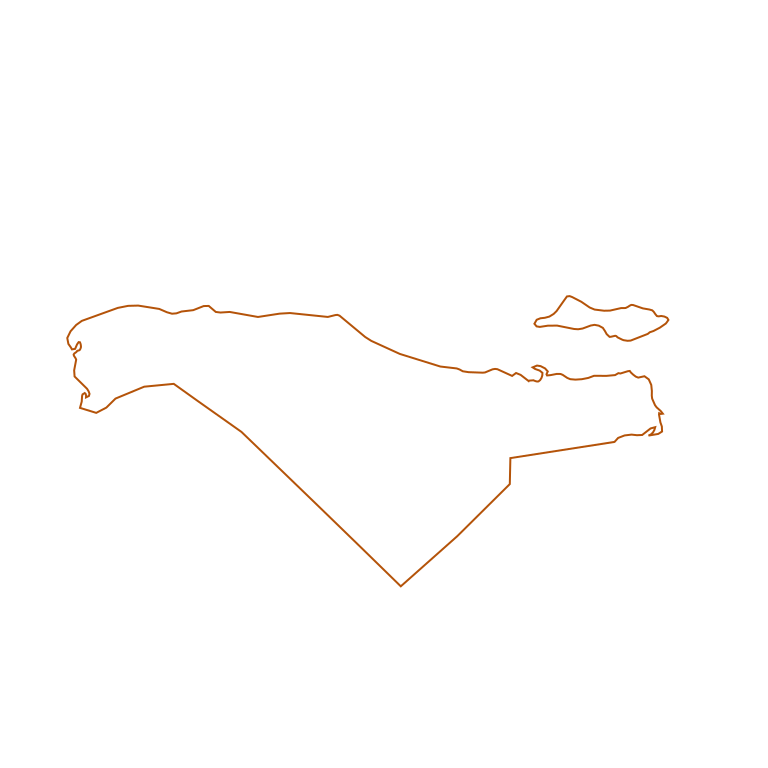 the Region of Ash Sharqiyah South, rotated 244°
{"feature_id": "OMN-2406", "entity_name": "Ash Sharqiyah South", "entity_type": "Region", "adm_level": 1, "iso_a3": "OMN", "parent_name": "Oman", "parent_adm1": "", "projection": "albers", "projection_center": [58.929, 21.395], "detail": "fine", "context": "isolated", "style": "outline", "palette": "amber", "viewbox_px": 768, "rotation_deg": 244, "n_neighbors": 0, "source": "natural_earth", "source_scale": "10m", "svg_char_len": 2879}
<svg xmlns="http://www.w3.org/2000/svg" viewBox="0 0 768 768"><g transform="rotate(244 384 384)"><path d="M495.8,100.3L500.7,104.6L505.6,107.4L506.8,108.5L507.1,111.0L505.8,111.5L504.0,111.1L502.6,110.3L502.6,113.5L504.2,115.0L506.8,115.3L509.9,115.0L526.4,109.2L532.1,111.5L540.8,118.0L542.1,118.1L545.4,117.7L546.6,118.0L547.2,119.1L547.6,121.5L548.2,122.7L548.2,123.4L547.9,124.4L548.1,125.8L549.6,127.5L550.6,128.1L552.0,128.6L553.4,128.9L554.8,129.0L555.5,127.9L554.1,125.4L551.0,121.8L551.9,118.7L554.1,118.6L558.4,117.9L564.2,119.5L568.8,125.4L572.0,133.2L573.2,140.1L569.1,178.1L566.4,188.3L562.2,197.5L550.0,214.9L543.6,220.4L540.1,224.3L538.5,228.4L537.9,233.8L534.0,244.9L533.1,256.1L531.0,260.7L522.5,264.4L519.9,268.4L516.4,276.9L499.5,300.1L493.0,321.0L489.0,330.6L468.9,362.9L467.3,370.4L466.6,372.4L464.9,374.0L434.5,387.7L428.3,391.5L404.1,411.4L375.0,442.3L366.1,456.2L363.9,458.3L360.9,460.4L357.5,465.3L350.9,477.7L350.1,479.8L349.6,488.0L348.9,490.4L347.6,492.4L335.1,502.7L336.0,507.5L332.3,510.8L323.2,515.3L323.5,515.7L321.8,520.0L321.6,520.1L320.1,521.5L319.1,522.7L318.6,524.0L319.1,526.1L320.5,528.3L322.4,530.1L324.6,531.3L327.8,529.8L331.4,526.3L333.8,524.9L333.5,529.6L331.4,532.6L327.4,535.6L323.5,536.7L321.5,534.3L320.2,534.3L319.0,537.5L317.3,543.8L315.6,547.1L313.9,548.6L309.1,551.4L306.7,553.5L304.0,558.0L301.6,563.9L299.9,570.3L299.3,576.4L293.8,587.5L290.7,595.6L291.0,599.4L289.8,601.1L288.6,608.8L288.0,610.6L286.2,610.9L283.3,612.0L280.3,613.5L278.3,615.3L276.8,621.5L272.1,624.0L266.0,623.8L260.3,621.7L256.2,619.6L253.3,618.6L246.2,618.3L243.5,618.8L238.3,620.9L235.1,621.6L235.8,619.5L237.1,618.5L236.0,617.8L228.3,615.6L224.0,615.1L219.4,613.1L218.9,608.6L221.7,599.1L221.7,602.0L222.6,604.6L224.2,606.9L226.3,608.8L227.2,604.1L225.0,593.7L227.1,588.9L230.0,584.3L232.3,577.7L232.9,570.8L230.9,565.8L262.0,465.1L238.9,453.2L215.1,383.1L194.8,310.4L250.4,290.5L304.9,270.8L355.4,252.4L403.4,234.9L449.9,209.4L476.3,195.1L486.7,167.3L488.6,136.3L484.5,124.1L484.2,112.7L495.8,100.3ZM372.1,562.2L372.6,567.2L373.9,571.1L380.6,583.3L382.5,586.8L381.6,589.4L379.7,591.2L371.4,597.4L362.6,602.4L358.6,605.9L353.4,613.9L350.9,619.3L348.3,630.4L346.4,634.4L346.4,637.0L346.7,639.3L346.7,640.9L345.8,642.5L338.5,649.8L334.6,655.2L332.6,657.4L330.6,658.1L327.9,658.5L325.4,659.1L324.4,660.5L323.6,663.0L321.7,665.6L319.3,667.5L316.9,667.7L315.7,665.6L314.8,663.8L313.7,656.6L313.5,649.4L314.0,645.4L313.9,645.2L313.4,643.0L314.9,624.7L316.1,621.8L318.4,618.5L319.6,617.4L323.5,614.4L325.2,613.8L325.6,613.4L326.0,612.9L327.0,608.6L327.5,607.4L331.2,606.0L334.8,605.8L338.5,605.3L342.3,602.6L344.1,600.2L344.9,599.1L345.7,596.2L345.9,595.7L346.8,586.8L348.1,582.5L350.1,579.0L360.6,565.2L364.6,556.8L367.0,549.1L368.9,546.4L372.2,545.6L374.8,549.4L374.5,553.4L373.0,557.6L372.1,562.2Z" fill="none" stroke="#b45309" stroke-width="2"/></g></svg>